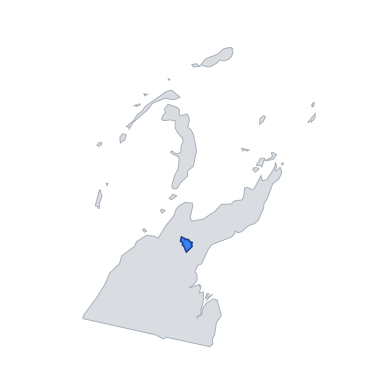 Obura/Wonenara District, Eastern Highlands, Papua New Guinea shown in context, rotated 283°
{"feature_id": "67681753B51845226746090", "entity_name": "Obura/Wonenara District", "entity_type": "district", "adm_level": 2, "iso_a3": "PNG", "parent_name": "Papua New Guinea", "parent_adm1": "Eastern Highlands", "projection": "orthographic", "projection_center": [145.927, -6.831], "detail": "fine", "context": "in_parent", "style": "filled", "palette": "blue", "viewbox_px": 384, "rotation_deg": 283, "n_neighbors": 0, "source": "geoboundaries", "source_scale": "gbopen_adm2", "svg_char_len": 4881}
<svg xmlns="http://www.w3.org/2000/svg" viewBox="0 0 384 384"><g transform="rotate(283 192 192)"><path d="M45.3,244.3L44.7,200.0L42.4,196.7L44.6,188.8L44.1,114.1L48.3,114.4L68.8,123.3L82.6,128.0L94.7,130.1L105.9,137.5L114.1,137.9L126.3,148.4L131.2,149.1L139.8,157.8L140.4,164.9L139.4,169.4L152.5,173.7L165.1,179.8L171.9,180.4L175.7,182.6L180.4,187.8L181.2,194.7L178.5,195.9L166.8,195.9L163.5,198.1L168.1,209.0L178.7,219.0L186.7,223.6L189.0,232.7L193.0,235.5L195.6,242.6L199.7,243.4L207.7,242.3L209.0,245.3L207.7,249.8L208.9,251.7L223.6,255.6L218.7,257.9L220.8,262.1L230.4,265.7L236.4,267.1L240.0,266.7L235.7,268.7L232.0,268.0L231.3,268.7L232.8,270.4L235.9,272.3L232.6,274.6L229.4,275.0L223.5,273.4L218.4,268.8L202.3,266.8L196.8,264.8L192.4,265.4L179.4,262.9L175.1,259.8L172.3,255.0L164.6,249.3L162.8,246.4L163.5,242.7L161.4,243.2L157.0,240.5L145.1,223.0L139.1,220.5L124.1,217.5L121.9,214.1L114.9,212.8L113.4,215.1L107.6,216.7L102.8,215.0L97.9,210.7L103.7,220.4L101.7,220.4L102.6,221.9L101.5,222.1L95.3,221.6L97.2,225.6L86.9,227.8L79.3,227.1L75.6,228.1L74.1,228.0L72.1,225.1L69.3,225.7L71.7,225.7L74.7,229.1L81.1,228.6L87.3,231.1L92.6,236.8L92.4,240.8L78.3,248.3L70.0,245.2L58.0,246.1L53.7,244.9L48.4,246.4L45.3,244.3ZM260.5,146.4L263.5,148.5L266.5,146.4L272.2,149.0L271.0,158.7L269.1,161.3L264.3,162.2L263.7,163.6L266.8,169.3L265.4,171.3L261.2,173.4L254.3,173.1L252.4,177.0L248.5,180.4L233.5,187.1L217.2,187.5L211.8,183.2L206.2,183.9L198.7,178.9L192.3,176.8L191.1,174.9L191.2,172.4L193.0,170.9L204.3,171.3L211.4,173.3L220.8,172.2L223.4,170.7L224.5,164.5L226.0,162.0L227.6,163.2L225.6,167.9L227.8,172.2L234.5,171.0L238.8,172.1L242.1,170.8L246.9,164.2L250.6,161.2L257.5,159.7L257.4,154.8L255.1,148.0L256.0,146.0L260.5,146.4ZM341.6,197.2L340.7,199.4L340.3,198.7L336.8,200.6L333.0,199.9L329.5,197.7L326.9,193.7L326.9,189.3L323.2,187.3L318.3,181.6L317.4,177.9L317.9,171.9L325.0,175.5L332.2,186.2L339.0,191.0L341.6,197.2ZM286.6,149.5L281.7,159.0L278.7,155.0L277.6,152.3L277.4,144.9L269.8,133.8L261.9,130.1L245.7,118.5L239.3,116.6L240.9,116.1L240.9,113.3L248.9,119.3L253.9,120.8L260.4,125.5L264.9,127.2L284.3,144.5L286.6,149.5ZM157.6,100.9L173.0,101.3L173.3,102.6L171.3,102.7L168.6,105.1L159.5,104.4L155.4,105.6L155.2,103.9L156.7,103.4L156.4,101.7L157.6,100.9ZM233.9,248.8L236.6,250.5L239.0,250.3L240.7,252.2L241.0,255.3L240.0,256.0L239.3,255.1L232.0,254.4L233.4,252.6L232.1,249.1L233.9,248.8ZM233.2,115.0L227.8,114.9L223.7,111.2L229.0,109.4L233.1,111.2L233.2,115.0ZM244.6,262.4L248.0,260.5L248.8,261.2L247.5,265.9L242.1,263.8L238.7,256.1L244.6,262.4ZM273.1,242.6L278.9,241.8L281.7,243.9L282.5,244.7L281.9,246.7L277.1,245.7L273.1,242.6ZM285.6,289.0L296.3,294.4L292.2,295.2L288.9,293.8L288.5,292.5L287.1,292.9L287.8,292.0L285.6,289.0ZM184.9,178.0L180.0,174.0L180.3,171.3L185.4,173.7L184.9,178.0ZM230.2,251.8L228.8,251.9L225.6,249.1L227.6,246.0L229.8,247.2L230.2,251.8ZM316.3,171.6L314.2,165.1L316.1,163.2L317.9,167.3L316.3,171.6ZM168.0,170.0L164.6,167.5L167.1,165.2L168.6,166.4L168.0,170.0ZM219.8,92.8L218.0,93.2L215.5,91.1L216.2,88.8L219.0,90.3L219.8,92.8ZM145.6,154.2L143.5,156.5L142.2,154.7L144.4,152.1L145.6,154.2ZM245.7,230.4L245.8,238.1L244.3,236.6L245.0,233.4L243.5,232.5L245.7,230.4ZM93.9,232.0L97.1,235.1L89.2,230.1L93.9,232.0ZM96.7,231.2L92.3,229.9L91.4,228.9L96.6,229.4L96.7,231.2ZM306.5,290.1L306.2,291.2L303.4,291.3L301.5,289.7L303.3,290.1L303.1,289.0L306.5,290.1ZM277.0,123.1L277.1,126.7L275.1,124.2L277.0,123.1ZM266.3,121.1L265.4,122.0L263.4,119.5L263.8,119.0L266.3,121.1ZM240.8,273.3L240.5,274.8L238.6,274.0L238.9,273.0L240.8,273.3ZM264.5,118.3L263.0,118.7L263.3,116.3L264.5,118.3ZM181.2,106.4L181.4,108.2L179.2,107.8L181.2,106.4ZM297.1,143.4L296.9,145.1L295.7,144.5L297.1,143.4Z" fill="#d9dde1" stroke="#a8b0b8" stroke-width="1"/><path d="M141.5,191.8L140.3,194.5L138.2,194.5L137.7,195.9L133.0,199.4L132.2,200.0L135.7,202.3L138.7,204.3L138.8,204.3L138.9,204.2L139.0,204.2L139.3,204.2L139.5,204.2L139.7,203.9L139.8,203.9L140.0,203.9L140.1,203.7L140.2,203.4L140.3,203.3L140.3,203.2L140.5,203.1L140.8,203.0L141.0,203.0L141.2,203.3L141.3,203.5L141.5,203.6L141.8,203.5L141.8,203.4L141.9,203.2L142.0,203.2L142.0,203.3L142.3,203.4L142.4,203.5L142.5,203.5L142.8,203.6L142.8,203.4L142.8,203.2L142.9,202.9L142.8,202.7L142.8,202.4L142.9,202.2L143.0,202.2L143.0,201.9L143.0,201.7L142.9,201.7L143.0,201.4L143.1,201.2L143.2,200.9L143.3,200.9L143.4,200.7L143.5,200.7L143.8,200.5L143.8,200.4L143.9,200.2L144.0,200.2L144.2,199.9L144.3,199.8L144.4,199.7L144.5,199.7L144.6,199.4L144.7,199.2L144.6,198.9L144.8,198.8L144.8,198.7L144.9,198.4L145.0,198.4L145.0,198.5L145.0,198.4L144.9,198.2L144.7,197.9L144.6,197.7L144.7,197.4L144.6,197.2L144.5,196.9L144.4,196.7L144.5,196.7L144.4,196.7L144.3,196.4L144.2,196.4L144.2,196.2L144.2,195.9L144.3,195.9L144.5,195.9L144.8,195.8L144.8,195.7L145.0,195.5L145.0,195.4L145.9,191.8L141.5,191.8Z" fill="#3b82f6" stroke="#1e3a8a" stroke-width="1.5"/></g></svg>